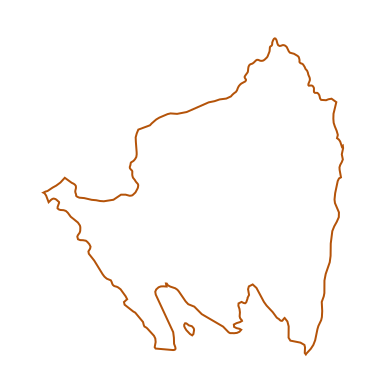 map outline of Lampung (Robinson projection), rotated 4°
{"feature_id": "IDN-1229", "entity_name": "Lampung", "entity_type": "Province", "adm_level": 1, "iso_a3": "IDN", "parent_name": "Indonesia", "parent_adm1": "", "projection": "robinson", "projection_center": [104.899, -4.841], "detail": "fine", "context": "isolated", "style": "outline", "palette": "amber", "viewbox_px": 384, "rotation_deg": 4, "n_neighbors": 0, "source": "natural_earth", "source_scale": "10m", "svg_char_len": 4620}
<svg xmlns="http://www.w3.org/2000/svg" viewBox="0 0 384 384"><g transform="rotate(4 192 192)"><path d="M329.7,92.3L327.7,104.1L327.9,109.1L328.5,113.1L329.9,116.6L332.0,120.8L333.5,124.9L332.9,128.2L334.8,129.4L336.3,131.3L338.3,136.2L338.6,135.7L339.2,135.2L339.7,137.7L338.8,144.0L340.2,149.0L339.3,151.8L338.0,154.6L337.4,157.1L337.7,159.6L339.6,167.0L337.7,168.2L336.6,170.9L334.9,183.2L334.7,189.6L335.4,193.1L340.0,202.1L340.2,206.9L338.5,211.6L336.3,216.3L334.7,221.2L334.0,233.7L334.7,246.1L334.3,252.5L331.1,264.4L330.3,271.1L331.1,283.6L330.7,287.0L329.1,292.6L330.2,301.7L330.3,307.7L329.8,310.8L327.4,316.9L326.7,320.1L325.2,331.3L323.7,336.1L321.4,340.2L317.4,345.2L316.9,346.1L315.7,344.7L315.6,339.1L314.8,336.7L310.7,334.7L300.5,333.4L298.5,330.6L297.8,319.3L296.2,314.5L293.2,311.2L292.5,311.9L291.3,313.8L290.7,314.3L289.3,314.1L288.3,313.4L287.5,312.6L286.6,312.2L285.3,311.4L280.9,306.2L274.3,300.1L271.4,296.6L263.0,283.2L259.0,280.0L255.3,282.2L254.7,285.1L256.1,290.7L254.8,293.7L254.9,294.2L253.8,298.2L253.4,298.7L252.7,299.3L251.2,299.1L249.1,298.2L246.2,299.9L246.2,302.3L247.5,305.3L248.2,308.7L248.2,312.7L248.7,314.3L249.6,315.5L250.5,316.3L250.9,317.1L249.0,318.4L245.6,319.7L243.0,321.3L243.4,323.6L245.9,324.7L249.1,325.2L250.7,326.0L249.1,328.1L246.7,329.4L244.0,329.9L239.8,330.1L238.3,329.4L232.4,324.1L210.3,313.2L202.3,306.2L196.1,304.2L193.3,301.6L185.7,292.0L184.2,290.5L182.0,289.2L177.0,287.9L174.5,286.8L173.2,285.1L172.4,285.1L172.6,285.8L173.2,288.1L169.9,288.1L167.4,288.4L165.3,289.4L163.1,291.7L162.3,294.1L163.0,296.9L183.0,333.1L184.1,338.6L184.7,344.7L186.2,348.0L186.5,349.6L185.8,350.6L184.3,351.0L166.6,350.7L165.6,349.4L166.2,344.2L165.6,340.7L164.1,338.1L157.2,331.5L156.0,330.5L153.9,329.5L153.1,327.9L152.2,325.1L143.8,316.3L141.7,315.3L132.6,309.1L131.8,306.5L134.8,303.5L133.1,300.7L127.5,294.0L124.7,292.2L123.3,291.7L122.1,291.5L120.9,291.2L119.5,290.2L118.8,289.0L118.1,287.3L117.2,285.8L113.0,284.4L110.6,282.6L108.6,280.3L99.3,267.3L93.4,260.8L92.8,258.5L94.3,255.6L94.6,253.6L93.2,251.2L91.1,249.1L89.5,248.0L86.7,247.7L83.8,247.8L81.6,247.1L80.7,244.6L81.1,243.2L82.8,240.4L83.2,238.6L83.1,235.5L82.9,234.3L82.5,233.2L80.3,230.4L72.7,225.1L69.5,221.3L67.5,219.7L65.2,219.1L61.9,219.1L60.4,218.7L59.0,217.7L59.0,216.2L60.2,212.0L59.9,211.1L59.1,210.6L57.9,209.6L56.4,208.6L54.6,208.2L53.3,208.6L52.0,209.6L49.7,212.2L46.7,205.7L45.0,203.5L43.8,203.0L45.8,201.8L47.8,201.1L52.7,197.3L56.1,195.1L60.1,191.7L64.1,186.7L71.3,191.2L73.3,192.0L74.6,192.8L75.6,193.9L75.9,195.1L75.9,196.7L75.6,198.2L75.5,199.6L75.8,200.9L76.5,202.4L76.7,203.9L77.9,204.8L80.0,205.5L84.9,205.6L92.5,206.8L97.0,206.9L100.9,207.4L104.7,207.4L114.2,205.2L121.4,199.6L126.0,199.3L130.0,200.1L131.4,199.9L132.6,199.5L133.3,198.9L135.6,196.4L137.5,192.2L137.8,190.9L137.9,189.0L137.6,188.1L137.0,187.3L136.3,186.7L135.0,185.3L134.3,184.2L132.1,181.8L131.6,180.5L131.2,179.1L131.0,175.5L130.6,174.8L129.3,173.7L128.4,172.6L128.2,171.6L128.3,170.7L128.6,169.9L128.9,167.2L129.3,166.6L131.3,165.2L132.1,164.3L133.0,163.0L134.0,160.9L134.2,158.3L134.0,156.1L132.5,145.9L132.0,141.4L132.8,137.4L134.1,133.5L145.4,128.4L147.0,126.4L151.2,122.2L154.2,120.1L162.2,116.0L165.1,115.1L171.7,115.1L181.1,112.6L202.4,101.4L208.2,99.8L213.2,97.7L219.7,96.4L224.2,93.9L225.3,92.4L226.8,90.8L228.9,89.0L229.8,87.4L230.4,85.3L231.2,83.3L232.4,81.6L233.6,80.4L237.4,78.0L238.0,77.0L238.0,76.1L236.9,74.7L236.5,73.9L236.5,73.2L237.1,72.0L239.0,69.0L239.3,68.3L239.4,67.3L239.5,64.3L239.7,62.9L240.3,61.5L241.3,60.5L243.3,59.7L244.5,58.7L246.7,56.2L247.7,55.6L249.0,55.6L250.9,56.3L252.6,56.3L254.1,55.8L255.4,54.7L257.3,52.6L257.9,51.6L259.5,46.5L259.6,45.2L259.6,42.5L259.7,41.9L260.0,41.4L260.5,41.0L261.1,40.6L261.5,39.9L261.7,38.9L261.6,37.5L262.0,35.9L262.4,34.8L263.0,33.6L263.7,33.0L264.6,33.1L265.7,34.6L266.9,38.1L267.8,39.6L269.2,40.2L270.3,40.0L272.1,39.2L273.4,39.1L274.9,39.6L276.4,40.8L278.8,45.0L280.0,46.2L284.1,47.0L287.9,48.9L289.1,50.0L289.9,52.2L290.1,53.5L290.1,54.7L290.6,55.4L291.4,56.0L292.7,56.3L293.9,57.0L295.6,59.3L296.7,61.4L298.3,62.9L299.3,64.9L299.8,66.7L300.9,68.9L301.2,69.3L301.6,70.6L301.8,72.1L301.5,73.3L300.6,76.0L300.6,77.2L301.2,77.8L303.5,77.4L304.5,77.6L305.4,78.2L306.3,79.6L306.5,80.7L306.5,82.1L306.7,83.7L307.6,84.5L310.2,84.4L311.4,85.4L312.3,86.7L313.3,89.9L314.4,91.1L319.3,91.1L321.6,90.0L324.7,89.2L329.7,92.3ZM201.5,326.1L203.3,328.0L203.7,329.5L203.3,333.6L202.2,335.0L199.9,333.8L196.0,330.2L194.3,327.8L193.6,326.4L193.5,325.0L194.3,323.4L195.6,323.5L198.3,325.3L200.8,325.8L201.5,326.1Z" fill="none" stroke="#b45309" stroke-width="2"/></g></svg>